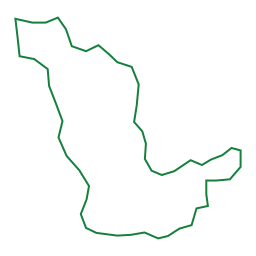 Jandira, São Paulo, Brazil
{"feature_id": "56859067B1128706111165", "entity_name": "Jandira", "entity_type": "district", "adm_level": 2, "iso_a3": "BRA", "parent_name": "Brazil", "parent_adm1": "São Paulo", "projection": "natural_earth1", "projection_center": [-46.897, -23.541], "detail": "fine", "context": "isolated", "style": "outline", "palette": "green", "viewbox_px": 256, "rotation_deg": 0, "n_neighbors": 0, "source": "geoboundaries", "source_scale": "gbopen_adm2", "svg_char_len": 757}
<svg xmlns="http://www.w3.org/2000/svg" viewBox="0 0 256 256"><path d="M15.4,18.8L17.6,37.6L19.6,56.2L34.3,59.1L47.7,69.1L49.1,86.0L54.9,100.8L62.5,121.1L58.5,137.5L66.6,155.9L79.4,170.4L89.0,186.0L86.6,199.3L80.8,214.1L86.0,227.9L96.4,232.9L117.3,235.6L131.1,234.8L144.5,232.5L158.2,238.4L168.0,236.0L179.4,228.6L191.6,225.1L196.5,208.4L207.9,206.0L206.3,194.3L206.3,180.5L216.7,180.5L229.9,179.3L240.6,166.9L240.6,150.4L231.5,148.0L222.3,155.2L211.1,159.5L201.9,165.0L190.6,160.2L174.2,171.2L161.8,175.0L151.6,170.7L144.9,159.0L145.9,143.7L142.3,131.3L134.1,122.0L136.7,105.6L138.7,84.4L131.7,66.9L117.3,62.2L109.1,54.3L98.4,45.2L86.0,51.2L71.8,46.2L66.0,29.3L57.9,17.6L45.7,22.6L32.3,22.6L15.4,18.8Z" fill="none" stroke="#15803d" stroke-width="2"/></svg>